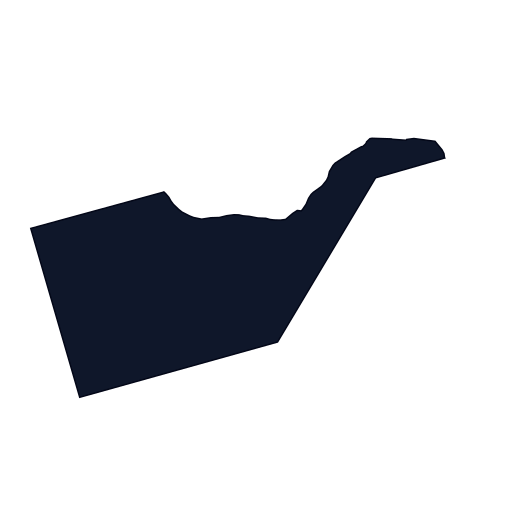 Pope, Illinois, United States of America (Equal Earth projection), rotated 254°
{"feature_id": "52423323B18318223165112", "entity_name": "Pope", "entity_type": "district", "adm_level": 2, "iso_a3": "USA", "parent_name": "United States of America", "parent_adm1": "Illinois", "projection": "equal_earth", "projection_center": [-88.477, 37.334], "detail": "fine", "context": "isolated", "style": "filled", "palette": "ink", "viewbox_px": 512, "rotation_deg": 254, "n_neighbors": 0, "source": "geoboundaries", "source_scale": "gbopen_adm2", "svg_char_len": 948}
<svg xmlns="http://www.w3.org/2000/svg" viewBox="0 0 512 512"><g transform="rotate(254 256 256)"><path d="M168.8,47.6L167.4,253.0L298.2,392.5L298.2,464.4L298.4,464.3L302.7,464.9L306.7,464.1L316.9,459.7L325.4,440.2L326.5,432.9L326.0,432.4L326.0,431.9L330.6,419.4L331.3,418.3L337.2,399.9L337.4,397.9L335.2,393.7L334.1,393.0L333.2,391.7L331.8,388.8L332.0,387.4L329.5,376.3L328.4,374.9L327.0,369.2L323.5,357.8L321.8,355.0L317.0,349.9L312.1,347.2L309.3,344.7L305.4,339.2L304.5,337.3L301.4,328.6L300.0,326.0L297.0,322.5L292.0,318.5L287.7,313.3L286.9,311.8L288.4,308.2L286.8,303.0L283.0,294.6L283.8,289.2L285.7,283.2L287.3,279.4L289.5,275.9L292.1,268.1L296.0,260.4L298.2,254.6L300.2,251.0L301.7,246.3L302.8,239.0L303.1,231.4L305.2,223.2L306.4,213.9L310.2,206.6L312.8,203.2L318.6,197.0L322.1,194.5L328.5,190.8L332.2,189.4L336.4,188.4L340.8,186.4L343.0,185.1L342.9,184.2L344.6,47.1L168.8,47.6Z" fill="#0f172a" stroke="#020617" stroke-width="1.5"/></g></svg>